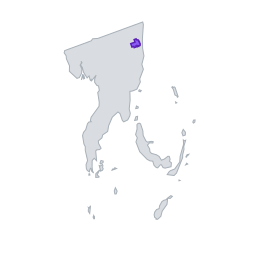 Nuku District, Sandaun, Papua New Guinea (highlighted), rotated 70°
{"feature_id": "67681753B13324685837362", "entity_name": "Nuku District", "entity_type": "district", "adm_level": 2, "iso_a3": "PNG", "parent_name": "Papua New Guinea", "parent_adm1": "Sandaun", "projection": "albers", "projection_center": [142.54, -3.723], "detail": "fine", "context": "in_parent", "style": "filled", "palette": "violet", "viewbox_px": 256, "rotation_deg": 70, "n_neighbors": 0, "source": "geoboundaries", "source_scale": "gbopen_adm2", "svg_char_len": 4537}
<svg xmlns="http://www.w3.org/2000/svg" viewBox="0 0 256 256"><g transform="rotate(70 128 128)"><path d="M33.6,161.0L33.5,132.8L32.1,130.7L33.5,125.7L33.4,77.9L36.1,78.2L49.2,84.0L58.1,87.0L65.8,88.4L72.9,93.2L78.1,93.5L85.9,100.2L89.0,100.7L94.5,106.3L94.8,110.8L94.2,113.7L102.6,116.5L110.6,120.4L114.9,120.8L117.3,122.2L120.3,125.5L120.8,129.9L119.1,130.7L111.6,130.6L109.5,132.0L112.4,139.0L119.2,145.4L124.3,148.3L125.8,154.1L128.4,155.9L130.0,160.4L132.6,160.9L137.8,160.2L138.6,162.1L137.8,165.0L138.6,166.2L148.0,168.7L144.9,170.1L146.3,172.8L152.4,175.1L156.3,176.0L158.6,175.7L155.9,177.0L153.5,176.6L153.0,177.0L154.0,178.1L156.0,179.3L153.9,180.8L151.8,181.0L148.0,179.9L144.7,177.1L134.4,175.8L130.8,174.5L128.0,174.9L119.6,173.3L116.9,171.3L115.1,168.3L110.1,164.6L109.0,162.8L109.5,160.4L108.1,160.8L105.3,159.0L97.7,147.8L93.9,146.2L84.3,144.3L82.9,142.1L78.4,141.3L77.4,142.7L73.7,143.7L70.6,142.6L67.5,139.9L71.2,146.1L69.9,146.0L70.5,147.0L69.8,147.1L65.8,146.8L67.0,149.3L60.4,150.7L55.5,150.2L53.2,150.9L52.2,150.8L50.9,148.9L49.2,149.3L50.7,149.3L52.6,151.5L56.7,151.2L60.6,152.8L64.0,156.5L63.9,159.0L54.7,163.7L49.5,161.7L41.8,162.2L39.0,161.4L35.6,162.3L33.6,161.0ZM171.7,99.1L173.5,100.4L175.5,99.1L179.1,100.8L178.4,106.9L177.2,108.6L174.0,109.2L173.6,110.1L175.6,113.7L174.8,115.0L172.1,116.3L167.6,116.1L166.4,118.6L163.9,120.8L154.3,125.1L143.8,125.3L140.4,122.6L136.8,123.1L132.0,119.8L128.0,118.5L127.2,117.3L127.3,115.7L128.4,114.8L135.6,115.0L140.2,116.3L146.2,115.6L147.9,114.6L148.5,110.7L149.5,109.0L150.6,109.8L149.3,112.8L150.7,115.6L155.0,114.8L157.7,115.5L159.8,114.7L162.9,110.4L165.3,108.5L169.7,107.6L169.6,104.4L168.2,100.1L168.8,98.9L171.7,99.1ZM223.9,131.3L223.4,132.7L223.1,132.3L220.9,133.5L218.4,133.1L216.1,131.6L214.4,129.1L214.4,126.3L212.0,125.0L208.8,121.4L208.2,119.1L208.5,115.2L213.1,117.5L217.8,124.3L222.3,127.4L223.9,131.3ZM188.4,101.0L185.2,107.1L183.3,104.6L182.6,102.8L182.5,98.1L177.6,91.0L172.5,88.7L162.2,81.3L158.2,80.1L159.2,79.7L159.2,78.0L164.3,81.8L167.4,82.8L171.7,85.7L174.5,86.8L186.9,97.8L188.4,101.0ZM106.0,69.9L115.8,70.2L116.0,71.1L114.7,71.1L113.0,72.6L107.2,72.2L104.6,72.9L104.4,71.9L105.4,71.6L105.2,70.5L106.0,69.9ZM154.6,164.4L156.4,165.4L157.9,165.3L159.0,166.5L159.2,168.5L158.6,168.9L158.2,168.3L153.4,167.9L154.3,166.8L153.5,164.5L154.6,164.4ZM154.2,79.0L150.8,79.0L148.2,76.6L151.6,75.5L154.2,76.6L154.2,79.0ZM161.5,173.0L163.8,171.8L164.3,172.2L163.4,175.2L160.0,173.9L157.7,169.0L161.5,173.0ZM179.8,160.3L183.6,159.8L185.4,161.2L185.9,161.7L185.5,162.9L182.4,162.4L179.8,160.3ZM188.2,189.8L195.2,193.2L192.6,193.8L190.4,192.8L190.1,192.0L189.2,192.3L189.7,191.7L188.2,189.8ZM123.2,119.2L120.1,116.7L120.3,115.0L123.6,116.5L123.2,119.2ZM152.3,166.2L151.4,166.3L149.3,164.5L150.6,162.6L152.0,163.3L152.3,166.2ZM207.5,115.1L206.2,110.9L207.4,109.7L208.6,112.3L207.5,115.1ZM112.4,114.1L110.2,112.5L111.8,111.1L112.8,111.8L112.4,114.1ZM145.8,64.8L144.6,65.1L143.0,63.7L143.4,62.2L145.3,63.2L145.8,64.8ZM98.2,104.0L96.9,105.4L96.0,104.3L97.4,102.7L98.2,104.0ZM162.2,152.6L162.2,157.5L161.3,156.6L161.7,154.5L160.8,154.0L162.2,152.6ZM64.8,153.4L66.9,155.4L61.9,152.2L64.8,153.4ZM66.7,152.9L63.9,152.1L63.3,151.5L66.6,151.8L66.7,152.9ZM201.8,190.5L201.6,191.2L199.8,191.3L198.6,190.3L199.8,190.5L199.6,189.8L201.8,190.5ZM182.3,84.2L182.4,86.5L181.1,84.9L182.3,84.2ZM175.4,82.9L174.9,83.5L173.6,81.9L173.8,81.6L175.4,82.9ZM159.2,179.9L159.0,180.9L157.7,180.4L157.9,179.7L159.2,179.9ZM174.3,81.1L173.3,81.4L173.5,79.8L174.3,81.1ZM121.0,73.5L121.1,74.6L119.8,74.4L121.0,73.5ZM195.2,97.1L195.0,98.2L194.3,97.8L195.2,97.1Z" fill="#d9dde1" stroke="#a8b0b8" stroke-width="1"/><path d="M47.0,92.0L49.7,92.0L49.7,92.8L49.7,96.6L53.3,96.6L53.3,94.7L54.6,94.7L54.6,93.6L54.6,93.2L54.5,92.9L54.6,92.7L54.5,92.8L54.4,92.8L54.4,92.7L54.5,92.5L54.4,92.5L54.4,92.4L54.2,92.4L54.3,92.4L54.3,92.2L54.2,92.2L54.3,92.1L54.2,92.1L54.3,92.0L54.4,91.9L54.3,91.7L54.2,91.7L54.1,91.4L54.3,91.4L54.4,91.2L54.2,91.2L54.3,91.1L54.4,90.9L54.5,90.7L54.4,90.7L54.2,90.7L54.3,90.6L54.2,90.6L54.3,90.5L54.4,90.4L54.3,90.2L54.3,89.9L54.5,89.9L54.7,89.7L54.7,89.4L54.6,88.5L54.4,88.5L54.1,88.4L53.9,88.2L53.7,88.1L53.5,87.9L53.4,87.8L53.2,87.7L52.9,87.8L52.7,87.9L52.4,87.9L52.2,88.0L51.9,88.0L51.8,87.9L51.7,87.9L51.4,87.8L51.2,87.8L51.0,88.0L50.9,88.0L50.7,88.1L50.4,88.1L50.3,87.9L50.2,87.9L49.9,88.0L49.9,88.3L49.7,88.3L49.7,88.2L49.4,88.1L49.2,88.1L48.9,88.2L48.6,88.5L48.4,88.9L48.2,89.5L48.0,89.8L47.0,89.9L47.0,92.0Z" fill="#8b5cf6" stroke="#5b21b6" stroke-width="1.5"/></g></svg>